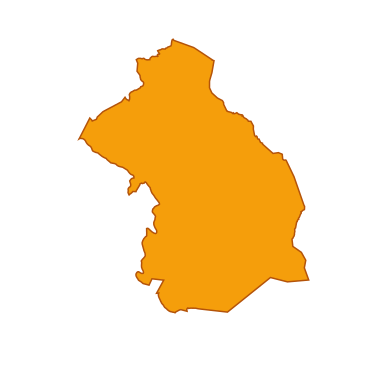 Santa Cruz Zenzontepec, Oaxaca, Mexico, rotated 324°
{"feature_id": "50627088B62885072459196", "entity_name": "Santa Cruz Zenzontepec", "entity_type": "district", "adm_level": 2, "iso_a3": "MEX", "parent_name": "Mexico", "parent_adm1": "Oaxaca", "projection": "equal_earth", "projection_center": [-97.511, 16.47], "detail": "fine", "context": "isolated", "style": "filled", "palette": "amber", "viewbox_px": 384, "rotation_deg": 324, "n_neighbors": 0, "source": "geoboundaries", "source_scale": "gbopen_adm2", "svg_char_len": 5997}
<svg xmlns="http://www.w3.org/2000/svg" viewBox="0 0 384 384"><g transform="rotate(324 192 192)"><path d="M286.1,97.0L278.8,77.4L278.2,76.0L267.0,59.5L266.4,58.4L266.5,57.3L265.6,57.2L265.0,57.5L264.2,58.2L262.8,59.6L262.1,60.5L261.3,61.1L260.8,61.4L259.1,61.0L257.3,60.5L256.3,60.7L255.1,60.2L254.5,60.6L253.4,59.9L252.7,59.2L251.8,58.6L250.6,58.5L250.0,58.4L249.3,58.0L247.3,57.5L247.1,58.3L247.0,61.2L246.6,61.3L246.2,60.9L245.5,60.6L244.7,60.7L244.3,61.3L244.2,62.1L243.6,62.0L243.2,61.4L241.5,60.5L240.8,60.0L240.3,59.5L239.9,59.1L239.2,58.9L238.2,59.0L237.0,59.1L236.3,59.5L235.6,60.2L234.7,59.5L233.9,59.2L233.5,58.7L232.9,58.3L232.2,57.3L231.8,56.7L231.8,55.9L231.2,55.2L230.2,55.0L229.7,54.6L228.8,53.5L227.4,52.5L226.7,52.3L224.7,52.2L223.8,55.9L218.5,62.0L218.5,63.7L218.5,66.2L218.4,67.2L218.0,68.0L217.6,68.4L217.3,69.3L216.6,70.8L216.6,71.7L216.7,72.6L217.2,74.1L217.1,75.2L216.5,75.9L215.8,76.6L214.9,77.2L214.1,77.2L212.4,76.7L211.4,77.3L210.8,77.2L208.0,77.0L206.7,76.8L205.4,75.9L204.1,75.8L202.7,75.7L201.8,75.4L201.1,75.4L199.9,75.6L199.1,76.0L198.4,76.5L197.9,77.7L197.4,78.5L196.5,79.7L195.7,80.5L194.6,81.1L194.4,80.1L193.7,79.2L193.4,78.2L193.4,77.1L193.5,76.0L188.0,77.6L168.9,74.9L167.1,74.7L161.0,75.5L159.6,75.6L157.4,77.0L153.0,75.9L153.2,74.8L153.0,73.6L152.8,72.1L138.8,79.2L131.9,82.7L133.0,82.8L132.9,82.8L134.2,83.9L135.1,84.8L135.5,85.6L135.9,87.5L135.6,89.5L135.5,90.8L135.6,92.1L135.9,93.5L136.4,94.6L136.7,96.1L136.5,97.6L135.9,99.6L135.9,100.8L137.4,103.4L138.2,104.3L138.9,105.2L139.2,106.8L140.2,110.4L141.0,112.2L141.7,113.5L142.3,114.4L142.3,115.7L142.7,117.5L143.1,119.0L143.4,120.6L145.3,122.7L146.1,123.5L146.9,124.9L147.1,126.6L147.9,128.2L149.2,129.8L150.5,131.3L152.0,135.0L152.6,136.5L152.5,138.4L152.6,140.2L152.9,141.7L153.4,142.6L154.1,143.6L154.2,145.1L153.3,146.5L152.5,146.1L151.3,145.7L150.0,145.8L149.1,146.1L148.1,146.4L147.7,147.5L147.4,148.4L147.1,149.4L146.7,150.1L145.8,151.1L144.8,151.4L143.8,151.3L142.5,151.7L141.7,152.5L141.2,153.5L140.0,154.7L139.6,156.0L139.4,157.4L140.8,157.2L141.7,157.3L143.4,157.1L144.4,156.8L146.9,158.8L148.0,158.0L148.8,157.8L149.8,157.3L152.0,156.4L152.9,156.0L153.9,155.6L154.4,155.0L155.1,154.9L156.3,155.1L156.6,155.7L157.1,156.2L157.7,156.2L158.4,156.7L159.1,156.5L160.0,156.3L160.5,157.5L160.4,158.9L160.4,160.6L160.7,164.0L160.2,164.9L160.0,165.5L159.8,166.4L159.4,167.4L159.3,168.0L159.1,168.8L159.0,169.8L159.1,171.4L159.1,172.2L159.1,173.0L159.0,173.8L158.9,175.7L159.0,176.9L159.1,178.9L159.1,179.7L159.1,181.5L158.9,182.0L158.7,182.5L158.5,182.8L157.8,182.8L157.0,182.8L156.2,182.6L155.6,182.4L154.8,182.2L154.1,182.2L153.5,182.1L152.9,182.1L152.4,182.3L151.8,182.4L151.3,182.7L150.5,182.7L150.0,182.9L149.7,183.3L148.8,184.0L148.2,184.9L148.2,185.6L148.2,186.5L148.3,187.6L148.3,188.2L148.4,188.6L148.2,190.2L147.5,190.8L146.6,191.6L146.0,192.4L144.0,193.6L143.0,194.4L141.9,196.1L141.3,198.2L141.0,199.9L140.9,201.7L140.5,202.9L139.6,204.0L138.9,204.3L138.3,204.3L137.8,203.9L137.3,203.2L136.8,202.3L136.4,201.2L136.1,200.4L135.9,199.3L135.6,197.9L135.4,196.7L135.0,195.5L134.5,195.1L133.8,194.9L133.3,195.6L132.1,197.3L131.4,198.4L130.5,199.5L129.7,200.7L129.1,201.0L128.3,200.8L127.2,201.1L125.5,201.5L124.3,202.1L123.5,202.5L122.1,203.5L121.7,203.9L121.0,205.1L118.7,211.2L118.0,214.0L116.8,216.0L116.0,216.5L113.8,217.1L112.3,217.3L110.4,218.0L110.1,219.0L109.5,219.9L108.0,221.7L107.0,223.2L106.7,224.2L106.4,225.1L106.1,227.3L105.7,228.1L105.5,228.6L104.7,229.1L103.8,228.6L103.3,228.1L102.8,227.3L102.4,226.3L102.0,225.2L101.2,224.7L100.1,224.7L99.0,225.2L98.4,225.5L97.6,226.7L97.4,227.2L97.2,228.2L97.1,229.3L97.1,230.4L96.9,231.8L97.1,232.5L98.0,234.8L98.6,237.3L102.5,242.1L108.6,238.7L117.3,246.7L103.8,253.1L105.7,254.2L105.3,254.5L104.8,254.8L104.4,255.3L104.2,255.7L103.9,256.1L103.6,256.9L103.4,257.4L103.3,258.0L103.0,259.2L102.8,260.6L102.4,262.0L102.4,262.9L102.1,263.5L102.2,264.0L102.1,264.4L102.1,264.7L102.1,265.1L102.2,265.4L102.2,265.7L102.3,266.4L102.3,266.9L102.2,267.3L102.2,267.8L102.1,268.9L102.1,269.3L102.3,270.0L102.6,270.9L102.7,271.5L102.8,271.7L102.9,272.6L102.9,273.0L103.2,273.6L103.4,274.5L103.6,274.8L103.6,275.0L103.9,275.4L104.0,275.7L104.1,276.0L104.6,276.4L105.0,276.9L105.6,277.7L106.2,278.3L106.4,278.5L106.7,278.7L107.2,279.6L107.4,279.8L108.6,279.5L109.1,279.6L112.6,280.1L113.9,280.7L117.9,285.6L118.2,285.0L118.5,284.1L119.1,283.7L119.8,283.4L120.5,283.4L120.9,284.3L121.2,284.3L122.7,285.2L126.7,288.2L128.2,289.9L130.3,291.9L150.1,310.0L205.2,307.3L216.4,320.8L234.7,331.8L238.3,319.4L243.9,314.1L245.0,305.1L241.6,295.3L245.2,288.9L246.7,288.6L247.2,288.2L248.7,287.6L249.4,287.0L250.1,286.4L250.6,285.6L251.1,285.2L251.6,284.7L252.1,284.3L252.4,283.6L252.8,283.1L252.9,282.8L253.2,282.6L253.6,282.2L253.8,282.0L254.6,282.0L258.6,278.2L259.0,277.8L259.5,277.8L259.8,277.7L260.4,277.1L260.8,277.0L261.3,276.7L262.0,276.5L262.3,276.7L262.8,275.8L263.9,275.5L264.5,275.2L265.1,274.8L265.7,274.4L266.1,274.1L266.5,273.8L267.6,273.5L268.2,273.0L268.4,272.1L269.5,272.2L270.9,272.0L271.6,272.1L272.6,272.3L273.4,271.4L274.7,269.7L274.7,269.2L274.7,268.8L283.5,239.6L286.8,221.6L286.5,221.1L285.6,220.7L284.9,219.8L284.7,218.7L285.3,217.8L285.5,217.3L286.3,216.1L286.8,215.0L287.1,214.8L287.1,214.2L285.5,211.8L285.3,211.2L285.1,211.0L280.2,208.4L277.2,194.7L277.7,194.0L276.6,192.1L277.3,188.6L276.5,188.1L276.6,186.6L277.1,185.8L277.1,184.7L276.0,184.5L275.9,183.0L278.5,177.3L280.5,174.7L281.2,169.4L279.4,168.0L279.2,167.9L279.2,167.7L279.4,166.6L279.2,166.3L278.9,164.7L277.8,162.5L277.8,161.4L277.7,160.7L277.3,160.1L278.1,159.9L277.9,159.0L277.5,158.6L277.1,158.5L276.4,157.7L276.3,157.3L275.5,156.7L274.9,154.2L273.6,154.0L272.0,153.4L272.0,152.3L271.1,152.4L270.8,151.0L268.6,148.3L267.9,147.4L268.1,147.1L267.9,146.4L269.1,139.7L270.1,138.2L270.3,135.9L267.8,130.9L266.3,123.5L266.7,121.5L267.4,118.0L271.2,112.8L272.4,111.7L278.2,107.2L287.0,98.7L285.9,97.1L286.1,97.0Z" fill="#f59e0b" stroke="#b45309" stroke-width="1.5"/></g></svg>